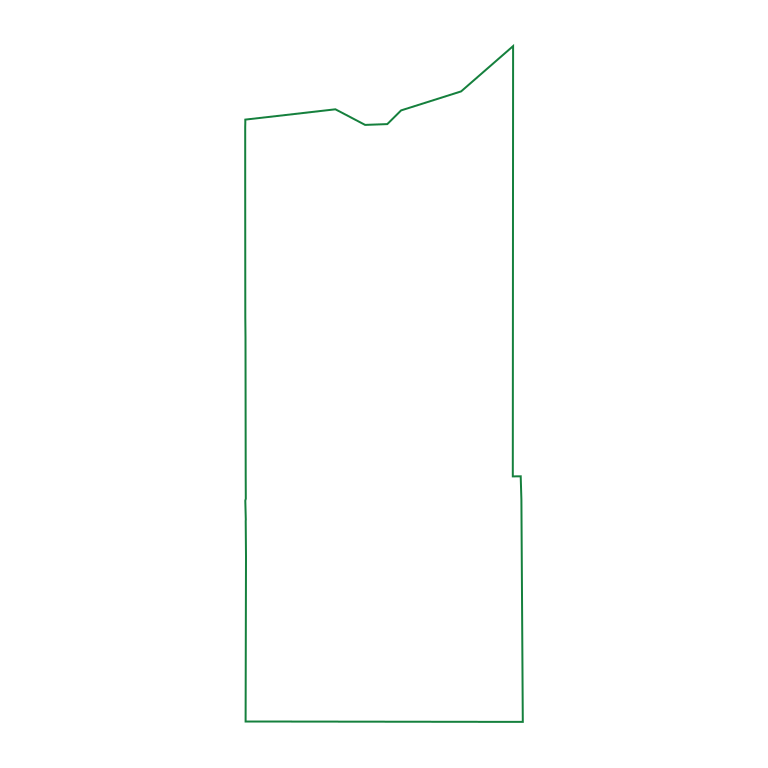 Newton, Indiana, United States of America (Equal Earth projection)
{"feature_id": "52423323B60450934257791", "entity_name": "Newton", "entity_type": "district", "adm_level": 2, "iso_a3": "USA", "parent_name": "United States of America", "parent_adm1": "Indiana", "projection": "equal_earth", "projection_center": [-87.457, 40.978], "detail": "fine", "context": "isolated", "style": "outline", "palette": "green", "viewbox_px": 768, "rotation_deg": 0, "n_neighbors": 0, "source": "geoboundaries", "source_scale": "gbopen_adm2", "svg_char_len": 497}
<svg xmlns="http://www.w3.org/2000/svg" viewBox="0 0 768 768"><path d="M522.8,721.9L521.4,499.8L520.7,476.3L512.8,476.4L513.1,46.1L461.1,91.4L401.1,110.4L387.3,124.1L365.1,124.9L335.4,109.3L245.3,119.6L245.3,122.7L245.2,127.0L245.2,128.0L245.2,128.9L245.2,136.5L245.2,143.2L245.2,156.6L245.2,182.0L245.3,317.4L245.5,337.4L245.5,337.7L245.7,475.8L245.8,498.7L245.3,500.6L245.8,519.7L245.7,521.0L246.0,556.5L245.6,721.4L245.6,721.5L522.8,721.9Z" fill="none" stroke="#15803d" stroke-width="2"/></svg>